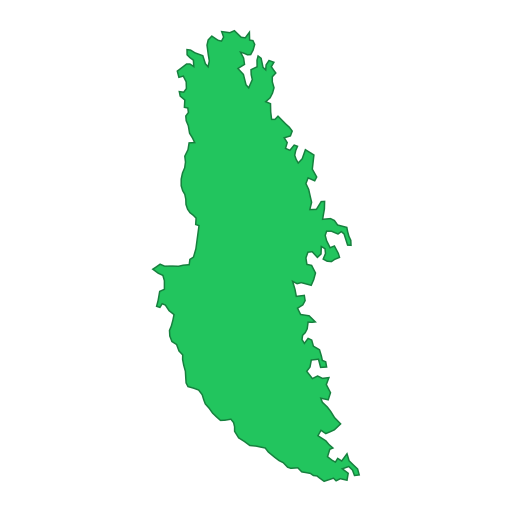 the district of Santa Izabel do Oeste, Paraná, Brazil
{"feature_id": "56859067B10630725090155", "entity_name": "Santa Izabel do Oeste", "entity_type": "district", "adm_level": 2, "iso_a3": "BRA", "parent_name": "Brazil", "parent_adm1": "Paraná", "projection": "equal_earth", "projection_center": [-53.411, -25.778], "detail": "fine", "context": "isolated", "style": "filled", "palette": "green", "viewbox_px": 512, "rotation_deg": 0, "n_neighbors": 0, "source": "geoboundaries", "source_scale": "gbopen_adm2", "svg_char_len": 3890}
<svg xmlns="http://www.w3.org/2000/svg" viewBox="0 0 512 512"><path d="M336.1,480.8L340.3,478.7L347.0,480.2L348.2,473.3L342.3,468.8L348.8,466.5L352.5,470.1L354.5,475.5L359.2,474.9L357.6,469.0L353.5,465.1L349.1,460.8L347.0,453.8L341.7,461.0L337.7,458.4L335.4,462.1L332.1,460.3L327.5,456.7L329.8,449.3L332.9,448.0L328.9,444.5L325.9,440.9L317.9,435.7L321.0,430.3L325.8,433.6L330.3,431.7L334.4,429.8L340.6,423.9L334.5,417.6L330.8,411.6L327.4,407.1L322.3,402.2L320.8,398.2L328.2,399.8L330.5,392.7L326.3,384.6L328.9,377.6L322.5,378.4L317.6,376.0L312.4,378.6L306.7,371.3L310.0,367.0L311.3,360.0L318.5,359.2L320.6,367.4L326.6,367.0L325.7,361.8L322.3,360.4L321.4,356.1L319.5,349.8L313.4,346.2L311.7,340.1L308.1,338.4L304.4,343.4L302.0,339.6L302.6,335.3L305.2,332.7L307.2,328.8L308.1,322.1L312.1,322.3L315.3,321.9L309.1,315.8L300.6,314.5L297.5,308.2L302.8,304.9L305.1,300.6L304.3,295.4L296.3,296.4L295.0,289.5L292.6,281.3L297.1,283.7L301.2,282.6L311.2,285.3L313.7,279.6L315.5,273.0L311.6,265.4L306.9,264.4L305.9,257.9L307.9,252.2L312.2,251.7L317.4,257.4L321.0,254.0L321.3,246.5L325.0,248.7L325.5,253.5L323.2,259.1L327.1,261.2L331.4,261.6L334.6,259.4L339.5,257.4L338.3,253.4L334.4,246.0L330.1,247.7L326.6,240.7L325.2,235.4L326.6,231.2L331.4,231.2L338.0,234.0L341.3,231.6L344.1,234.0L347.6,245.1L351.0,245.3L350.8,240.4L348.9,236.3L347.6,231.6L346.8,227.4L337.6,225.0L334.4,220.5L330.5,218.6L322.6,219.3L324.4,208.9L324.6,201.4L321.2,201.6L316.4,209.4L309.8,209.6L311.6,202.3L310.0,195.4L308.7,189.5L305.9,183.6L308.1,177.9L314.7,180.8L316.7,177.0L312.3,169.2L313.9,155.0L305.4,149.7L302.2,158.8L298.2,163.0L296.1,159.3L294.7,155.3L295.7,150.5L297.5,146.3L294.2,145.1L289.9,150.3L285.5,148.4L287.2,142.6L284.2,137.8L290.4,135.9L292.2,131.1L289.3,127.2L285.5,123.8L280.7,118.9L278.0,116.2L275.0,119.4L271.6,119.4L270.7,112.0L270.5,103.7L265.7,101.7L270.1,97.8L272.5,93.1L274.0,87.8L272.3,81.8L272.3,76.8L275.8,73.0L273.5,69.9L271.3,66.7L273.9,62.3L269.0,60.5L266.1,64.9L265.7,69.9L263.0,67.3L261.1,58.3L258.1,56.0L257.0,60.2L257.1,66.8L251.0,69.7L251.2,74.7L252.3,79.6L248.7,87.8L246.0,84.8L243.4,74.4L237.9,68.5L244.5,64.4L243.6,58.1L240.5,52.2L243.6,53.1L247.5,54.8L250.7,54.6L253.1,50.1L254.7,44.4L252.9,40.6L249.6,40.1L249.4,32.3L245.3,37.8L241.2,37.3L234.4,30.7L229.8,32.7L225.5,32.1L221.7,31.6L223.6,37.1L221.5,41.1L218.0,40.3L211.8,36.1L208.2,39.9L207.0,45.1L208.3,54.8L209.3,60.9L208.1,66.8L205.4,63.8L202.8,55.7L194.9,52.8L190.6,50.1L187.0,49.6L187.1,54.8L189.9,57.6L193.4,60.2L193.8,66.6L189.9,64.0L186.6,64.0L182.3,67.3L177.3,71.1L178.9,77.3L183.3,76.1L186.2,81.8L186.4,88.6L183.7,92.2L179.3,91.6L180.2,96.1L184.8,100.0L184.4,107.3L187.8,108.0L188.4,112.5L185.8,116.0L186.2,120.7L188.3,125.7L189.6,133.3L192.4,137.8L194.7,142.6L189.1,142.9L188.0,149.7L184.8,156.2L185.5,162.1L184.7,167.8L182.5,173.0L181.2,179.1L181.2,185.8L182.7,190.7L184.8,194.3L185.8,199.2L186.0,204.5L187.6,209.2L190.0,212.7L193.1,215.1L196.1,218.1L195.7,224.5L199.0,225.6L195.9,248.8L193.5,257.1L189.9,259.4L189.2,264.7L183.2,265.2L178.5,266.3L173.2,266.1L169.3,266.1L164.7,266.2L160.1,264.2L156.0,267.1L152.8,269.2L158.2,273.2L162.9,275.4L164.4,280.7L164.4,289.3L159.7,291.4L158.1,300.6L156.6,306.3L159.9,307.4L162.2,303.7L165.4,305.1L169.1,310.7L174.0,314.6L172.9,320.2L171.3,326.1L169.5,330.4L169.8,336.0L171.9,341.5L176.6,344.5L179.0,351.0L182.7,354.9L182.6,359.4L183.7,365.1L185.4,371.3L185.7,376.7L186.1,382.9L188.0,386.6L193.7,388.2L198.6,390.0L202.2,394.7L203.7,399.6L205.3,403.9L209.2,408.3L212.6,413.1L216.3,416.7L220.5,420.4L224.9,420.2L230.9,419.2L233.6,422.6L234.6,426.8L234.6,431.3L238.7,437.9L244.3,441.4L249.8,445.5L256.2,446.1L260.8,447.1L265.2,448.0L268.3,452.0L274.7,457.3L279.1,460.6L283.3,462.7L287.6,467.2L290.8,468.3L297.8,467.8L301.8,471.9L306.1,472.6L310.4,473.4L313.4,475.5L316.9,475.9L319.7,478.1L324.1,481.3L333.5,478.2L336.1,480.8Z" fill="#22c55e" stroke="#15803d" stroke-width="1.5"/></svg>